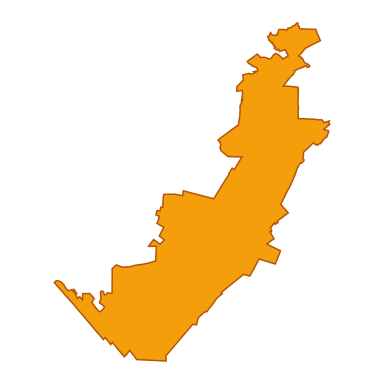 the district of Huixtla, Chiapas, Mexico
{"feature_id": "50627088B92942016070156", "entity_name": "Huixtla", "entity_type": "district", "adm_level": 2, "iso_a3": "MEX", "parent_name": "Mexico", "parent_adm1": "Chiapas", "projection": "robinson", "projection_center": [-92.525, 15.122], "detail": "fine", "context": "isolated", "style": "filled", "palette": "amber", "viewbox_px": 384, "rotation_deg": 0, "n_neighbors": 0, "source": "geoboundaries", "source_scale": "gbopen_adm2", "svg_char_len": 5774}
<svg xmlns="http://www.w3.org/2000/svg" viewBox="0 0 384 384"><path d="M54.3,282.5L59.2,288.2L62.6,291.9L64.2,294.0L64.5,294.3L66.0,296.0L67.0,297.0L67.2,297.4L68.3,298.5L70.5,301.1L71.1,301.6L74.5,305.5L76.1,307.5L76.7,308.2L79.4,311.4L81.1,313.3L87.8,321.3L89.8,323.5L96.9,332.1L98.7,333.9L103.3,339.6L105.3,337.6L110.7,344.6L112.4,342.3L117.7,349.0L124.4,356.8L125.9,354.8L126.1,355.1L129.7,350.4L136.8,359.6L166.2,361.0L165.9,355.9L192.7,324.3L196.5,324.8L198.2,317.9L203.1,313.2L203.9,312.8L204.3,312.1L207.1,311.6L207.9,310.3L208.5,309.6L208.5,309.0L211.3,306.0L215.5,300.2L216.9,298.1L222.4,293.6L221.4,292.4L223.5,290.6L243.7,274.3L249.8,276.1L253.7,269.1L255.7,265.2L259.1,259.0L266.1,261.2L275.3,264.0L280.5,250.9L266.8,244.0L274.0,238.8L270.6,232.7L269.9,231.7L271.2,231.7L271.5,231.5L271.7,231.0L271.6,230.5L271.3,230.0L270.7,228.5L270.7,228.0L270.8,227.6L271.0,227.2L271.6,226.5L274.5,222.6L275.3,224.3L278.1,222.4L277.2,221.2L278.7,220.0L288.3,212.9L287.1,211.5L286.1,210.5L283.7,207.7L280.7,204.3L284.0,198.0L286.5,192.6L289.0,188.1L292.3,181.4L293.5,178.2L294.8,175.7L294.6,175.5L295.7,172.8L297.0,169.0L297.4,168.0L299.3,164.6L300.5,162.9L301.2,163.2L301.9,162.9L302.3,162.3L303.4,161.4L304.0,160.4L304.0,160.0L303.7,159.2L302.7,158.6L302.6,158.2L302.9,157.2L303.3,156.7L303.5,155.4L303.5,152.4L305.0,150.8L313.4,142.8L315.1,144.4L315.5,144.7L315.7,144.8L316.3,144.5L316.7,144.6L317.2,145.0L317.5,145.2L317.8,145.0L317.9,144.8L318.5,144.0L319.1,143.9L319.8,143.9L320.3,143.7L322.2,141.8L322.2,141.5L323.3,139.7L325.2,137.9L326.7,137.2L328.4,132.5L328.6,130.7L323.8,129.5L326.3,127.1L326.8,126.9L327.4,126.3L328.1,125.5L328.4,125.3L329.6,125.3L329.1,125.1L328.9,124.8L329.0,124.6L329.7,124.0L329.6,123.9L328.9,123.3L328.7,122.9L328.8,122.2L329.3,121.0L323.9,122.7L322.2,119.9L318.1,119.8L315.9,119.4L315.4,119.5L314.5,119.4L313.3,119.1L311.2,119.2L302.4,118.6L300.8,118.8L298.3,118.6L298.2,115.2L298.3,112.8L298.0,110.8L298.3,110.3L298.5,106.5L298.0,104.9L298.0,104.2L297.9,103.6L298.0,100.3L298.2,98.1L298.2,95.3L298.3,91.9L298.3,88.0L297.6,87.9L297.6,87.2L290.3,86.4L287.5,86.2L287.1,86.0L286.9,86.2L283.3,86.2L288.6,79.1L292.0,75.3L293.4,74.5L293.9,73.2L294.7,71.9L294.7,70.7L299.0,68.6L303.4,67.0L306.2,65.6L307.2,67.4L308.3,67.2L309.3,66.7L309.8,66.2L309.7,65.9L309.1,65.2L307.6,64.1L306.9,63.7L305.2,63.0L304.5,62.5L304.0,61.7L303.3,60.1L303.2,59.6L302.7,59.2L302.0,58.0L301.6,57.7L301.2,57.7L300.6,56.9L298.7,56.0L301.8,52.8L305.0,48.5L312.6,44.5L320.4,40.6L317.1,33.2L315.9,29.4L302.4,28.9L299.9,28.7L299.3,27.5L299.3,26.7L298.0,25.2L298.0,23.2L297.0,23.0L296.6,23.3L294.2,25.8L292.9,25.8L292.4,26.4L291.7,27.0L290.9,27.6L290.4,27.8L290.1,27.9L288.6,27.8L288.2,28.0L287.7,28.3L287.5,29.5L287.2,29.9L285.9,30.1L285.2,29.9L284.2,29.4L283.8,29.4L283.4,29.6L279.4,29.4L278.6,29.9L278.3,31.5L278.3,32.3L277.5,33.5L277.0,33.8L277.2,34.3L277.4,34.4L277.1,35.0L276.5,35.5L275.2,35.1L272.8,35.2L272.5,35.3L272.3,35.2L271.5,34.5L271.4,33.4L270.4,32.5L269.2,35.7L269.1,35.8L268.7,36.2L267.7,36.4L268.3,38.1L269.3,39.2L268.7,39.9L269.4,40.6L270.0,40.8L270.6,41.3L270.6,41.6L271.1,42.7L271.4,42.5L272.1,42.3L272.0,42.9L272.2,43.1L272.5,43.1L272.7,43.4L272.7,43.5L272.6,43.9L272.8,44.1L273.0,44.1L273.6,44.9L273.4,45.3L275.0,46.3L275.1,46.2L275.6,46.9L275.0,47.4L274.6,47.4L274.4,47.5L274.2,48.0L274.3,48.6L274.7,48.7L275.9,49.3L277.0,50.3L277.3,50.2L277.9,49.6L278.5,49.3L279.2,50.7L279.8,51.5L281.7,50.8L285.3,49.7L288.2,55.9L286.8,56.7L284.1,58.2L282.8,59.1L281.8,57.6L278.5,54.7L277.8,54.5L275.5,53.5L274.7,54.2L273.6,54.8L272.9,55.6L272.2,56.8L270.8,58.6L268.5,58.9L265.8,57.6L265.0,57.4L263.7,57.3L262.3,57.3L260.9,57.7L257.3,54.1L247.3,61.4L247.7,62.2L248.5,63.2L249.2,63.8L250.1,64.2L251.1,64.5L251.5,64.9L251.6,65.7L256.5,67.5L257.5,69.3L258.0,70.7L254.0,71.7L255.4,72.3L254.5,72.7L252.0,74.1L248.7,73.4L246.5,74.0L243.7,74.6L242.7,75.0L243.5,79.9L240.9,82.5L236.9,86.8L236.8,91.3L241.9,90.4L242.6,92.8L241.9,98.5L241.5,100.5L242.6,100.0L240.0,105.9L240.0,106.8L240.1,109.0L240.1,110.6L240.0,112.0L239.9,112.8L239.8,116.7L239.4,117.6L239.4,118.4L238.7,122.4L238.3,125.4L237.3,125.6L218.7,139.4L218.1,140.3L219.2,141.5L219.5,141.7L220.2,142.6L220.6,144.0L220.8,145.1L220.6,145.6L220.6,146.0L220.0,147.3L220.0,147.8L220.3,148.5L220.3,148.8L220.6,149.2L221.2,150.9L227.9,156.5L241.9,157.0L234.2,169.7L233.8,169.3L232.2,168.1L230.8,170.3L229.0,173.8L228.9,173.7L228.8,174.8L225.7,179.4L216.4,194.5L213.8,198.8L183.3,190.8L182.7,195.7L174.7,194.2L164.4,194.3L164.1,194.3L163.6,194.8L163.2,198.3L162.7,207.3L160.8,207.1L160.0,211.1L159.2,210.9L159.3,210.9L157.0,210.5L156.0,214.9L159.1,216.1L158.5,219.7L157.0,223.3L163.7,227.3L159.3,236.0L164.4,240.0L160.1,244.1L158.9,243.5L153.6,239.5L150.1,244.1L148.6,246.4L156.3,246.2L155.7,260.9L151.2,262.3L148.5,263.1L143.1,264.2L135.0,265.3L129.8,266.8L122.2,267.1L116.5,264.9L112.2,268.6L112.1,293.0L111.3,293.4L111.0,293.4L108.0,292.8L107.5,292.8L106.9,293.2L106.4,294.3L105.9,294.7L105.5,294.9L104.3,294.5L104.1,294.3L104.0,293.9L103.9,293.0L103.8,292.4L103.2,291.6L102.4,291.1L101.2,291.3L100.8,291.5L100.4,292.4L100.4,292.9L100.8,294.5L100.8,296.5L100.9,297.7L100.8,299.0L100.1,301.1L99.6,301.9L99.5,302.3L99.6,302.7L99.7,302.9L100.2,303.4L101.0,304.0L101.8,304.3L102.6,305.0L103.6,306.1L104.5,307.5L102.3,310.0L100.6,311.2L99.5,311.8L99.3,311.7L98.6,311.1L97.3,309.6L96.9,309.2L91.8,302.6L94.3,298.5L89.7,293.5L82.9,293.6L82.7,294.4L82.5,295.8L82.5,298.2L82.7,298.5L82.7,299.6L82.5,299.9L81.8,299.2L79.7,296.7L77.4,298.3L75.6,294.2L76.9,293.4L76.2,292.8L75.4,291.5L74.0,289.4L73.5,290.3L73.6,291.8L71.9,289.5L71.1,290.2L69.6,290.5L68.5,290.4L67.4,290.0L66.3,288.8L64.0,285.2L63.7,284.5L63.0,283.8L61.7,282.5L59.8,281.3L58.1,280.9L56.3,280.7L54.3,282.5Z" fill="#f59e0b" stroke="#b45309" stroke-width="1.5"/></svg>